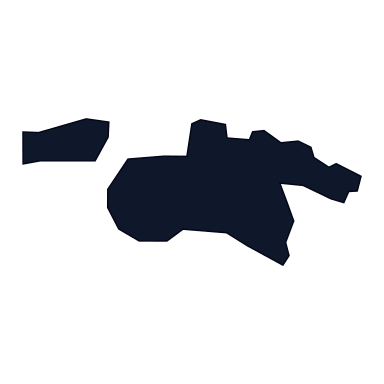 St. John, United States Virgin Islands, United States of America
{"feature_id": "52423323B18524543454126", "entity_name": "St. John", "entity_type": "district", "adm_level": 2, "iso_a3": "USA", "parent_name": "United States of America", "parent_adm1": "United States Virgin Islands", "projection": "albers", "projection_center": [-64.742, 18.336], "detail": "fine", "context": "isolated", "style": "filled", "palette": "ink", "viewbox_px": 384, "rotation_deg": 0, "n_neighbors": 0, "source": "geoboundaries", "source_scale": "gbopen_adm2", "svg_char_len": 678}
<svg xmlns="http://www.w3.org/2000/svg" viewBox="0 0 384 384"><path d="M107.8,189.3L107.7,207.6L118.8,229.0L139.1,240.9L166.9,241.0L182.9,229.2L226.5,232.7L247.8,246.0L282.9,265.1L289.0,255.6L285.6,242.4L293.7,221.0L286.9,202.1L279.8,183.1L303.1,185.4L331.0,198.8L343.8,202.6L348.7,191.5L357.2,191.0L361.0,176.3L336.2,163.7L328.9,167.3L313.9,157.5L310.9,147.3L298.2,141.1L280.9,142.8L264.0,130.6L252.6,131.8L249.4,139.8L227.0,138.0L225.4,124.5L200.7,119.8L191.9,123.8L186.9,156.4L164.0,156.2L128.0,159.1L107.8,189.3ZM23.1,163.9L40.2,160.8L95.1,160.8L108.1,137.1L108.8,122.1L86.2,118.9L38.6,132.6L23.0,132.0L23.1,163.9Z" fill="#0f172a" stroke="#020617" stroke-width="1.5"/></svg>